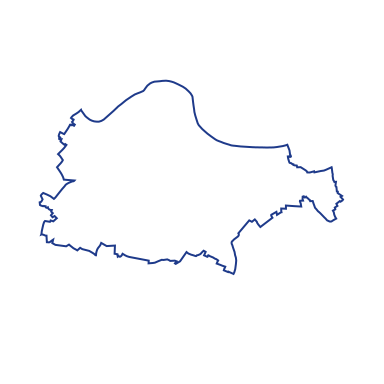 outline of Thuong Tin, Ha Noi, Vietnam, rotated 290°
{"feature_id": "81297802B33733008951227", "entity_name": "Thuong Tin", "entity_type": "district", "adm_level": 2, "iso_a3": "VNM", "parent_name": "Vietnam", "parent_adm1": "Ha Noi", "projection": "robinson", "projection_center": [105.871, 20.832], "detail": "fine", "context": "isolated", "style": "outline", "palette": "blue", "viewbox_px": 384, "rotation_deg": 290, "n_neighbors": 0, "source": "geoboundaries", "source_scale": "gbopen_adm2", "svg_char_len": 5943}
<svg xmlns="http://www.w3.org/2000/svg" viewBox="0 0 384 384"><g transform="rotate(290 192 192)"><path d="M255.7,98.6L250.6,95.6L247.2,93.4L241.5,90.6L233.2,86.1L229.9,84.3L227.8,82.5L226.2,80.4L225.4,78.0L224.9,75.8L224.8,73.4L225.0,71.3L225.4,69.9L226.2,67.4L226.9,65.7L229.5,61.9L230.8,60.0L231.3,59.6L228.4,58.1L226.3,56.6L223.2,54.1L221.0,53.2L220.2,53.0L220.1,53.3L219.8,53.9L219.6,54.7L219.5,55.0L219.6,55.4L219.7,55.8L219.6,56.0L218.4,55.9L216.8,55.3L216.6,55.6L216.2,56.1L215.7,57.2L215.3,58.4L215.2,58.8L213.9,58.5L214.0,57.0L214.0,55.5L213.4,55.4L213.5,54.4L213.3,54.3L212.4,54.3L211.9,54.2L208.7,53.6L202.7,52.1L202.7,51.6L203.0,49.1L203.2,47.6L201.3,47.4L199.4,47.5L198.9,47.7L198.5,48.0L198.4,48.5L198.4,48.9L198.2,49.5L198.0,49.8L197.7,50.0L197.3,49.8L196.8,48.9L196.3,49.1L196.2,49.4L196.5,51.0L196.7,51.3L194.5,51.2L193.1,54.8L192.8,55.8L193.7,56.4L193.3,57.9L191.6,57.4L189.7,56.8L187.1,55.7L184.2,54.3L181.8,53.2L180.9,55.3L179.8,57.0L178.9,58.2L177.8,59.7L176.3,59.5L174.2,58.8L172.3,58.0L169.1,56.7L166.3,60.6L164.7,62.7L163.3,64.3L161.6,66.0L159.8,67.3L160.5,70.0L162.6,77.6L162.1,77.4L161.7,77.0L161.4,76.7L160.9,75.7L158.3,72.9L156.5,71.4L155.5,70.8L153.8,70.3L150.5,69.0L146.4,67.6L142.8,66.4L141.2,65.9L139.6,65.3L138.3,64.6L138.8,63.0L139.6,60.4L140.0,56.4L140.2,52.5L138.1,51.4L136.8,51.2L134.0,54.1L132.4,53.9L131.2,53.6L130.2,52.4L127.8,53.6L127.6,54.8L127.7,57.0L128.2,57.5L128.5,59.3L128.0,59.4L127.7,59.6L127.4,60.5L127.6,61.2L128.3,61.8L127.6,62.3L127.0,63.2L126.8,63.9L126.7,64.6L126.8,65.4L127.1,66.4L125.4,66.4L124.5,68.4L121.9,67.4L121.4,68.2L120.6,69.6L122.4,71.1L121.1,73.9L120.6,73.6L117.0,71.7L116.9,68.9L115.6,68.9L115.4,68.7L115.0,66.6L114.5,63.8L113.1,63.3L110.3,63.4L104.0,64.2L101.0,64.9L100.5,64.9L100.6,65.0L100.9,65.9L101.0,67.0L100.9,69.4L101.2,70.2L95.2,72.8L95.7,74.6L96.0,75.2L96.4,75.6L98.9,77.2L99.7,77.8L96.2,78.2L95.6,81.7L97.8,91.7L97.9,92.3L100.5,94.4L99.8,96.3L99.1,98.4L98.6,99.9L98.2,102.7L97.9,104.2L101.3,106.0L100.8,108.4L101.5,115.7L101.4,116.1L100.8,119.4L100.2,121.8L99.7,122.6L99.6,123.0L99.7,123.4L102.0,122.8L104.3,122.6L105.3,122.6L106.3,122.7L107.6,123.0L109.3,123.6L110.8,124.0L113.1,124.1L112.0,130.3L115.3,137.9L107.5,140.4L108.0,143.2L107.4,143.4L105.9,144.3L106.8,144.9L106.5,145.2L106.4,145.8L106.5,146.3L106.7,146.7L107.1,147.0L107.8,147.4L108.8,147.7L110.2,147.9L109.6,150.9L109.4,153.0L109.5,155.2L112.7,174.8L110.1,175.6L111.9,179.5L112.9,181.3L115.1,183.6L117.9,186.7L118.4,188.5L120.2,191.8L120.1,193.8L119.8,195.1L121.6,199.3L121.6,201.2L119.1,200.4L118.9,201.3L122.8,204.5L133.7,207.4L133.2,208.7L132.9,210.0L132.9,211.0L132.8,212.7L132.9,213.6L133.0,215.7L133.0,216.7L133.1,217.3L133.1,217.6L133.2,217.8L133.4,217.9L133.5,218.0L134.1,218.2L134.2,218.4L134.9,219.4L135.3,219.9L135.8,220.3L136.1,220.7L136.9,221.3L138.3,221.8L140.8,223.0L140.6,224.3L140.4,225.3L139.0,225.2L136.6,225.0L136.4,228.1L136.3,228.5L136.5,228.7L136.6,228.8L137.9,228.8L138.1,228.9L138.1,229.0L138.0,230.1L137.8,230.8L137.8,231.5L137.7,233.7L137.7,234.1L137.3,235.9L137.2,236.4L137.2,237.3L137.2,237.8L137.0,238.6L136.6,240.0L135.4,239.8L133.2,239.7L133.2,243.5L133.1,245.7L133.2,248.8L132.3,248.8L131.0,248.6L129.3,248.7L129.1,253.3L129.6,253.4L129.2,259.0L131.0,259.2L134.3,259.0L139.3,257.9L142.7,257.0L145.3,255.7L147.4,254.1L150.2,252.5L153.9,249.5L155.8,248.1L156.8,247.1L157.5,246.7L158.4,246.4L159.2,246.5L160.2,247.0L161.8,247.7L165.8,250.3L166.6,250.6L167.3,250.7L168.1,250.5L168.8,250.2L169.1,249.7L184.9,255.5L184.5,258.5L187.7,260.4L186.2,263.1L185.3,263.8L184.2,265.3L183.3,266.8L182.5,268.2L195.3,276.4L196.4,275.0L197.1,274.4L197.7,274.3L202.2,278.1L199.6,279.7L203.4,282.6L203.6,283.0L204.1,282.7L205.5,282.0L207.0,281.5L208.4,286.0L211.4,284.9L213.7,293.0L215.0,297.3L215.7,299.6L218.4,298.1L220.1,296.6L220.7,296.5L221.9,299.3L223.2,298.3L225.5,297.6L226.2,298.5L225.4,299.4L225.4,300.0L225.9,300.4L226.6,300.8L226.0,301.9L225.7,303.0L224.9,304.7L224.8,305.4L223.8,306.2L224.8,308.5L223.7,309.4L223.0,309.9L221.0,311.6L219.9,312.5L219.4,312.9L219.1,313.3L218.4,314.7L217.9,315.5L217.0,317.0L216.6,318.2L216.0,319.7L214.1,323.6L213.4,325.0L212.7,326.6L211.8,328.2L211.5,328.9L211.5,329.9L211.4,330.5L211.4,331.8L212.0,333.1L214.0,334.6L216.3,336.6L217.8,334.8L219.4,333.4L221.4,332.2L222.7,330.8L224.6,332.5L224.9,332.6L226.2,331.5L228.7,333.4L230.3,331.7L234.0,334.0L233.7,334.9L235.6,336.3L236.6,336.5L238.2,333.3L239.6,334.3L240.8,329.3L242.2,328.9L242.1,327.9L246.1,326.0L246.3,325.3L247.1,324.6L249.3,324.1L250.8,323.8L250.5,323.1L250.1,322.4L250.5,322.1L251.3,321.0L251.7,320.6L255.1,318.7L255.7,318.5L256.8,318.2L258.1,317.3L259.7,316.5L262.4,315.1L263.0,314.7L258.9,310.5L257.3,308.7L256.6,307.4L255.8,305.9L252.3,300.3L253.2,299.6L252.9,299.3L252.1,298.1L251.3,297.0L250.6,296.0L249.8,293.6L250.6,293.0L250.9,292.2L251.2,291.5L252.5,285.6L251.2,282.4L252.7,281.4L252.1,279.2L252.1,278.0L252.7,277.8L252.6,276.6L252.7,276.0L253.0,275.6L252.8,274.1L252.9,273.6L253.2,273.3L255.5,271.5L257.2,270.4L258.2,269.9L258.5,270.7L258.2,271.1L258.6,272.2L259.1,271.8L259.5,272.6L260.0,272.3L260.3,272.0L260.4,271.6L260.8,271.3L264.4,269.4L265.0,268.9L269.0,265.4L268.0,264.2L266.2,261.6L263.3,256.4L261.8,253.4L259.3,246.9L257.8,242.4L255.8,236.7L254.7,233.2L251.9,223.7L251.4,222.0L250.1,216.6L249.7,215.1L249.3,213.3L249.2,212.2L249.2,211.0L249.1,209.2L249.0,207.5L248.9,204.9L249.0,202.4L249.0,201.4L249.0,199.7L249.1,197.5L249.5,195.6L250.8,190.9L252.1,186.6L253.3,183.5L254.7,180.0L257.1,175.5L258.5,173.9L262.1,171.1L265.0,168.9L268.0,166.9L270.4,165.7L273.9,163.8L276.8,162.3L281.6,159.9L282.5,159.1L284.2,156.9L285.4,154.5L287.0,150.7L287.8,147.4L288.4,142.4L288.6,140.1L288.8,137.4L288.7,135.1L288.4,132.5L287.7,129.5L286.2,126.0L285.1,123.9L282.8,118.9L281.1,116.8L279.7,115.5L276.7,113.7L274.8,113.1L273.1,112.6L271.4,112.2L270.2,111.6L267.8,109.1L266.1,107.1L264.1,104.9L260.8,102.3L255.7,98.6Z" fill="none" stroke="#1e3a8a" stroke-width="2"/></g></svg>